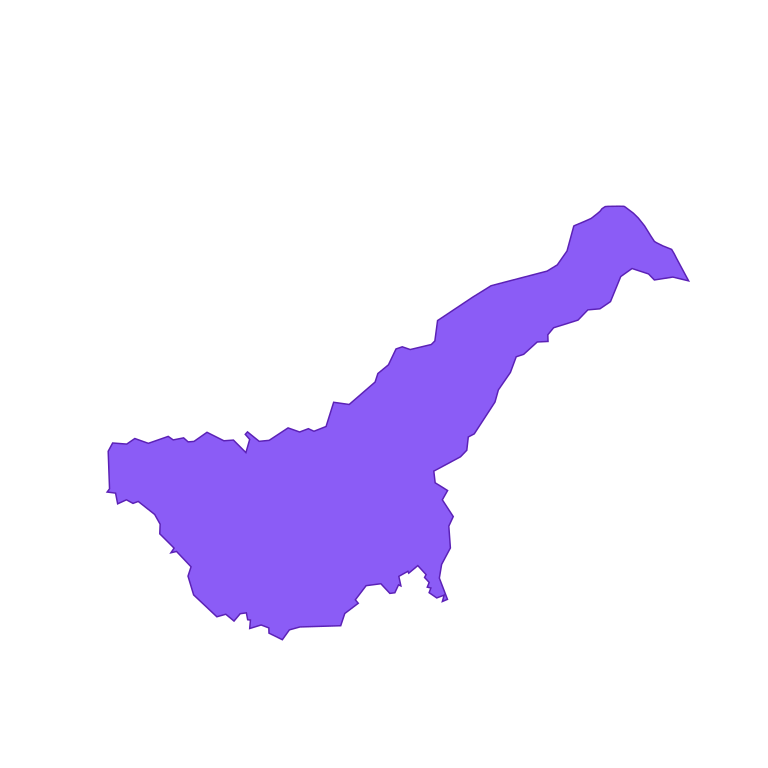 the district of Ohrid, Ohrid, North Macedonia, rotated 217°
{"feature_id": "65306769B86752814527149", "entity_name": "Ohrid", "entity_type": "district", "adm_level": 2, "iso_a3": "MKD", "parent_name": "North Macedonia", "parent_adm1": "Ohrid", "projection": "orthographic", "projection_center": [20.849, 41.081], "detail": "fine", "context": "isolated", "style": "filled", "palette": "violet", "viewbox_px": 768, "rotation_deg": 217, "n_neighbors": 0, "source": "geoboundaries", "source_scale": "gbopen_adm2", "svg_char_len": 1970}
<svg xmlns="http://www.w3.org/2000/svg" viewBox="0 0 768 768"><g transform="rotate(217 384 384)"><path d="M206.5,245.4L203.7,250.2L223.0,262.3L229.4,274.6L232.3,293.0L246.7,309.5L248.9,319.8L267.7,326.6L269.1,337.2L283.7,335.9L291.8,344.4L279.1,371.9L278.0,380.9L284.8,392.4L281.9,398.5L284.5,436.4L289.1,448.1L290.0,469.3L294.8,485.3L290.3,491.8L286.9,509.8L278.6,516.7L282.8,521.9L282.4,531.0L267.5,551.8L265.8,565.9L256.8,574.0L252.7,586.1L259.6,612.3L255.4,625.5L239.0,631.1L230.7,629.8L217.7,643.2L202.8,649.7L211.7,653.8L225.8,660.3L230.7,662.7L235.3,664.6L244.5,662.1L251.5,660.8L253.9,660.6L260.3,662.9L271.1,667.1L280.8,669.6L287.7,670.5L298.2,670.5L299.3,670.3L303.6,667.2L312.1,660.6L314.1,658.8L315.4,655.2L315.4,651.9L316.2,648.4L318.2,640.9L321.5,634.9L326.8,625.8L327.5,624.4L317.9,600.4L317.3,583.4L321.7,572.3L357.6,527.0L365.3,507.1L379.4,466.9L369.3,449.0L370.0,444.0L383.8,427.3L391.8,424.7L395.5,419.2L392.0,402.0L395.2,388.7L392.3,380.2L399.5,346.7L413.2,339.1L404.7,315.2L411.5,304.1L417.5,302.8L422.5,294.9L434.2,291.2L441.8,269.9L449.2,263.1L464.2,263.6L464.5,260.3L457.9,258.9L453.0,246.1L470.5,248.6L477.7,242.3L496.3,238.9L501.2,223.8L505.6,219.9L511.6,220.4L518.7,212.5L524.8,212.3L536.5,194.8L550.2,190.5L553.3,181.2L565.2,173.6L563.8,164.3L540.1,135.1L540.1,131.1L532.7,135.3L524.6,128.0L520.0,136.5L512.6,137.6L509.6,142.3L488.6,141.8L478.4,137.3L472.9,129.4L452.9,126.6L452.6,121.0L448.9,125.4L428.1,121.9L424.9,112.6L409.1,101.0L377.4,97.5L371.8,104.9L361.1,104.4L360.6,114.0L356.2,118.4L351.0,113.7L348.6,115.1L344.1,107.9L337.1,117.6L329.2,119.9L325.9,115.8L311.3,118.6L311.6,130.7L304.9,139.4L273.1,164.9L277.2,177.1L272.6,193.4L277.0,194.4L276.9,212.2L266.3,222.6L253.3,220.3L249.7,223.8L251.5,232.3L249.0,232.9L256.4,239.3L252.2,248.8L250.4,247.8L247.7,259.3L235.7,257.1L235.2,253.9L228.5,252.7L227.2,247.8L223.8,249.3L222.4,244.5L213.1,244.9L208.9,251.6L206.5,245.4Z" fill="#8b5cf6" stroke="#5b21b6" stroke-width="1.5"/></g></svg>